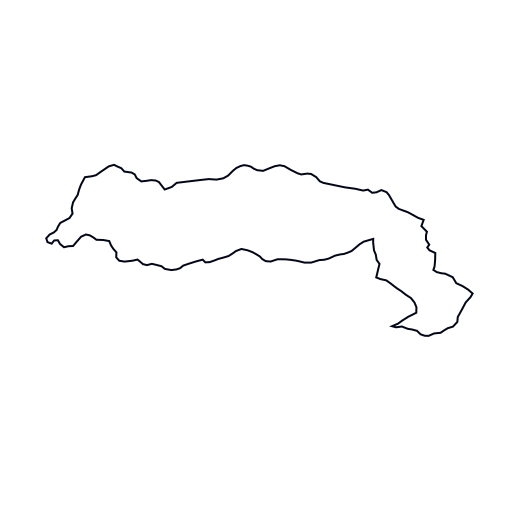 the district of Coroados, São Paulo, Brazil, rotated 251°
{"feature_id": "56859067B91640420687906", "entity_name": "Coroados", "entity_type": "district", "adm_level": 2, "iso_a3": "BRA", "parent_name": "Brazil", "parent_adm1": "São Paulo", "projection": "robinson", "projection_center": [-50.316, -21.363], "detail": "fine", "context": "isolated", "style": "outline", "palette": "ink", "viewbox_px": 512, "rotation_deg": 251, "n_neighbors": 0, "source": "geoboundaries", "source_scale": "gbopen_adm2", "svg_char_len": 2727}
<svg xmlns="http://www.w3.org/2000/svg" viewBox="0 0 512 512"><g transform="rotate(251 256 256)"><path d="M125.1,419.2L128.1,424.9L132.6,426.9L139.0,434.0L143.8,439.1L147.4,445.6L150.0,448.6L155.2,445.6L160.3,441.5L165.1,436.5L171.9,435.1L174.5,432.4L177.7,429.1L179.3,425.7L181.9,421.7L185.1,419.2L188.1,421.5L194.0,424.1L200.5,426.5L204.9,421.9L208.3,420.7L210.3,423.5L216.0,422.0L220.3,423.5L223.3,425.5L230.4,422.1L235.6,426.3L239.3,421.7L247.8,414.0L253.9,406.5L257.2,404.2L260.8,403.4L270.2,401.6L273.9,400.2L277.5,396.0L277.0,390.7L277.9,386.5L282.3,383.4L283.0,378.6L287.4,371.5L289.6,367.1L292.1,362.2L303.2,343.5L305.8,340.7L311.0,338.6L315.6,334.8L317.2,331.4L318.4,325.3L320.7,322.2L326.0,317.0L331.7,312.1L334.0,308.1L334.8,303.2L334.6,297.7L334.2,290.4L336.8,285.0L339.3,282.3L342.1,280.3L344.1,277.5L345.8,274.3L346.1,270.6L345.6,266.0L344.1,262.0L341.1,255.8L340.1,250.4L341.1,243.5L344.1,236.4L345.4,230.7L348.0,218.8L351.0,204.8L348.7,198.8L348.6,191.3L357.5,188.3L360.0,185.8L361.9,181.5L362.8,176.5L363.9,171.8L368.5,168.5L372.6,167.9L375.4,165.5L378.7,159.0L382.9,157.2L385.9,153.9L388.4,151.5L388.7,146.1L386.3,137.2L384.5,131.1L384.8,127.0L386.2,119.9L380.3,113.6L376.4,110.4L371.7,107.2L369.6,104.4L366.3,100.5L361.2,97.3L355.8,96.3L352.6,92.0L351.0,81.7L348.2,78.3L345.6,76.0L344.1,72.6L343.5,67.9L341.0,63.4L337.0,63.4L334.2,66.8L336.4,70.3L335.4,73.8L331.2,74.6L326.8,77.3L326.3,81.9L325.0,86.3L327.7,90.8L331.2,96.9L331.7,102.2L329.6,105.6L326.3,108.4L323.3,110.4L320.9,116.7L317.9,122.1L313.1,122.4L309.3,123.4L304.9,125.2L300.2,123.4L296.0,125.2L293.5,129.9L291.8,137.5L291.2,142.8L288.3,144.6L285.1,146.5L282.9,149.9L282.5,155.0L280.1,158.8L277.1,163.3L273.4,165.7L270.2,171.5L269.2,176.5L269.2,180.3L270.6,183.9L270.6,189.8L270.4,197.5L269.9,204.4L266.5,206.0L265.3,210.1L265.3,215.2L265.5,219.4L265.1,225.0L264.9,230.1L266.1,235.0L267.2,238.6L267.4,244.5L264.2,249.8L260.9,253.8L257.8,256.6L254.3,259.5L251.1,260.9L248.0,263.5L246.0,268.0L245.9,275.4L243.2,282.9L240.8,288.1L238.6,292.3L236.6,295.6L233.9,299.8L231.8,306.1L231.5,314.7L230.2,319.4L229.9,324.1L230.6,330.9L230.1,336.0L229.3,339.8L229.3,344.1L229.6,348.0L231.3,352.5L233.4,357.9L234.5,362.6L234.3,366.6L234.0,372.4L230.8,371.2L226.8,370.3L222.9,369.4L218.2,369.7L213.1,368.8L208.3,370.2L204.0,367.4L200.0,364.9L196.6,362.7L193.6,366.2L190.6,371.2L186.3,374.3L182.0,377.1L179.2,379.0L175.6,381.8L170.4,385.2L165.8,388.8L160.4,390.7L155.3,391.0L150.2,389.1L149.5,384.2L149.0,380.3L147.4,373.5L145.8,368.2L145.3,361.8L143.0,365.2L141.8,371.0L137.8,375.7L135.6,379.8L132.8,383.9L128.4,386.1L125.7,389.5L124.3,393.2L124.8,399.2L123.3,405.5L124.5,409.9L125.3,413.8L125.1,419.2Z" fill="none" stroke="#020617" stroke-width="2"/></g></svg>